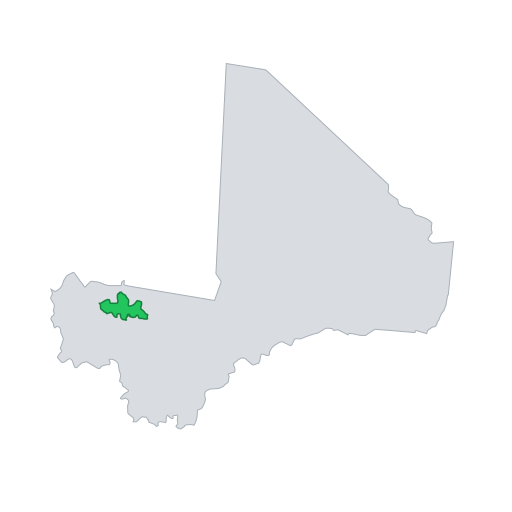 Diema, Kayes, Mali (highlighted), rotated 10°
{"feature_id": "8926073B21360544825560", "entity_name": "Diema", "entity_type": "district", "adm_level": 2, "iso_a3": "MLI", "parent_name": "Mali", "parent_adm1": "Kayes", "projection": "orthographic", "projection_center": [-9.076, 14.667], "detail": "fine", "context": "in_parent", "style": "filled", "palette": "green", "viewbox_px": 512, "rotation_deg": 10, "n_neighbors": 0, "source": "geoboundaries", "source_scale": "gbopen_adm2", "svg_char_len": 5626}
<svg xmlns="http://www.w3.org/2000/svg" viewBox="0 0 512 512"><g transform="rotate(10 256 256)"><path d="M80.8,384.6L81.0,382.7L79.4,381.4L79.3,380.7L80.3,375.3L80.2,373.9L80.9,371.2L79.8,369.9L79.6,369.0L77.1,365.4L76.3,362.4L75.0,360.4L72.1,359.8L70.9,361.4L70.2,361.7L69.1,360.5L68.7,359.4L68.8,358.5L64.9,353.7L65.2,351.2L66.7,349.9L67.3,347.7L65.9,345.2L66.1,342.8L66.0,339.4L63.7,336.5L62.3,335.1L61.0,333.1L62.1,328.3L59.9,324.3L64.1,325.9L66.1,324.5L68.1,322.5L69.8,319.8L70.5,316.4L70.9,313.6L72.6,309.1L74.6,306.9L78.8,303.9L80.0,304.2L86.8,310.9L90.7,314.3L92.1,316.1L93.3,316.1L95.3,312.9L97.3,310.1L98.2,309.4L105.0,309.1L108.6,309.6L111.8,310.4L116.3,310.7L128.2,308.6L128.4,307.3L128.2,305.7L128.7,304.5L129.7,303.4L130.6,303.2L130.9,307.0L131.9,307.5L134.7,307.7L222.9,307.0L226.2,287.3L219.6,280.3L193.3,71.6L233.3,71.0L240.4,75.6L374.0,162.7L374.8,165.7L374.9,169.7L376.0,170.9L377.9,172.2L385.6,175.8L386.2,176.5L386.6,178.1L387.6,180.1L389.2,181.1L391.1,181.9L393.3,182.4L400.0,182.7L401.5,183.6L404.7,187.0L406.3,187.7L415.4,189.2L418.4,190.0L421.7,191.5L423.5,192.9L423.8,198.6L425.3,202.2L425.4,203.2L424.0,204.7L423.8,205.9L422.3,208.9L422.7,210.0L426.0,212.1L427.6,212.6L429.4,212.5L448.1,207.6L452.1,260.9L451.5,261.8L451.6,271.3L450.5,277.0L448.3,281.3L447.1,287.5L446.3,288.8L445.8,292.4L444.5,294.5L442.0,295.4L437.8,299.6L437.6,302.8L427.1,301.6L426.4,301.7L425.9,302.1L425.8,303.8L398.9,306.2L385.7,307.6L377.7,315.2L372.3,316.1L365.5,315.8L362.0,315.9L360.6,316.4L360.4,317.7L349.5,314.4L345.5,315.8L344.8,315.4L344.3,314.6L342.3,314.3L339.2,314.6L337.0,315.2L330.3,321.2L326.6,322.7L319.8,326.4L315.1,329.4L313.4,330.1L310.7,330.3L308.5,331.0L306.6,337.6L305.3,338.3L297.0,335.9L295.3,336.3L293.9,337.1L289.4,341.1L287.2,344.2L286.0,348.3L286.3,351.0L285.5,351.8L283.4,352.1L279.5,351.4L278.3,351.8L277.8,353.8L278.0,358.2L277.2,361.2L275.0,362.2L273.2,363.4L271.8,363.8L270.7,363.5L263.9,359.2L261.6,358.6L259.1,359.1L256.7,361.1L252.5,365.8L253.0,367.5L254.2,369.4L255.1,371.8L255.1,373.9L249.0,377.1L250.5,379.3L250.4,385.4L247.6,388.2L246.6,390.0L243.9,392.0L241.5,393.2L234.1,394.9L231.1,396.9L229.7,398.5L229.4,400.2L229.7,402.1L231.2,406.1L230.7,409.7L229.6,414.0L228.5,415.9L225.0,418.1L225.5,420.9L225.9,424.9L225.4,430.0L224.3,433.5L223.5,433.2L220.2,433.4L216.5,434.5L215.2,435.4L215.0,436.6L211.9,439.4L209.8,439.3L207.9,438.6L206.9,437.8L206.8,437.4L208.0,435.1L208.0,434.4L206.8,430.5L207.0,429.5L206.5,426.5L206.2,426.3L202.2,427.7L202.0,428.3L202.6,430.2L202.2,430.5L200.8,430.5L198.8,429.8L196.6,428.1L196.0,428.7L195.8,430.1L195.7,431.7L196.3,434.7L195.7,435.8L192.2,435.6L189.4,436.0L188.7,437.1L188.4,438.3L189.1,439.6L189.0,440.2L187.8,441.0L187.2,441.0L185.6,439.5L179.2,438.2L178.7,436.2L178.0,436.1L175.9,433.7L175.1,433.8L174.3,434.2L171.9,434.0L169.8,436.2L168.2,438.8L166.5,440.1L163.8,440.7L164.2,439.0L163.4,436.7L157.9,433.8L157.0,432.7L155.6,426.1L155.7,424.2L156.0,422.4L155.9,421.1L155.3,420.1L153.6,419.1L151.9,418.7L149.7,420.0L148.7,420.2L147.7,420.1L147.2,419.6L147.3,419.0L149.6,415.5L150.8,414.0L153.1,412.3L153.7,411.4L153.8,410.7L153.5,410.2L152.0,409.6L149.6,408.0L148.3,407.8L147.2,407.0L146.1,404.5L145.6,404.0L144.4,403.7L143.4,403.1L143.5,396.9L141.1,392.2L139.1,386.3L138.0,384.9L136.1,383.7L133.8,382.9L131.7,382.7L129.4,383.4L129.4,383.9L130.7,385.8L130.9,386.9L130.7,387.9L130.3,388.6L127.2,389.2L123.0,391.4L121.6,393.9L120.6,394.2L119.0,393.9L107.9,389.6L103.3,391.4L100.2,395.1L99.5,396.3L98.1,397.3L97.3,397.3L96.5,396.6L93.2,391.0L91.9,389.7L90.1,389.6L88.6,390.5L87.1,392.4L85.1,394.1L83.8,394.6L82.8,394.3L78.2,390.5L78.0,389.7L80.1,385.2L80.8,384.6Z" fill="#d9dde1" stroke="#a8b0b8" stroke-width="1"/><path d="M119.1,338.7L120.9,337.7L121.6,337.4L122.3,337.0L123.0,336.7L123.9,336.9L125.1,338.2L126.6,339.8L127.2,340.1L127.8,340.5L128.9,340.7L129.7,340.2L129.6,339.6L129.3,338.7L129.3,337.9L129.6,337.2L130.1,337.0L131.2,336.7L132.4,336.7L132.8,337.5L132.8,338.2L133.2,339.2L134.2,340.8L135.2,341.4L136.2,341.7L137.7,341.6L139.2,341.7L139.3,341.7L139.5,341.4L139.4,341.3L138.9,340.7L138.7,340.4L138.8,339.8L139.0,339.5L139.0,339.1L139.1,338.9L139.5,338.5L139.7,338.2L139.8,337.9L139.7,337.5L139.6,337.3L139.7,337.0L139.8,336.7L139.6,336.2L139.9,335.9L140.0,335.8L140.2,335.7L140.4,335.6L140.7,335.5L140.7,335.8L140.8,336.2L140.9,336.3L141.1,336.4L141.4,336.4L141.5,336.4L141.7,336.5L141.8,336.6L142.0,336.9L141.8,337.3L142.2,337.4L142.5,337.3L142.5,337.1L142.8,337.6L143.1,337.7L143.3,337.6L143.5,337.5L143.8,337.7L143.9,337.8L145.7,337.9L146.5,337.5L147.5,337.3L148.3,336.1L148.9,335.1L149.4,334.8L149.9,335.1L150.4,335.6L151.1,337.0L151.8,337.6L152.5,337.7L153.6,337.4L155.3,337.2L156.6,337.5L157.7,337.3L159.3,337.1L160.0,336.6L159.9,336.1L159.6,335.8L159.3,334.2L159.5,333.7L159.6,332.9L159.2,332.5L157.4,332.1L155.9,330.6L154.4,329.5L151.8,328.1L151.4,326.8L151.6,325.4L151.7,323.2L151.3,321.6L150.9,321.1L149.3,320.7L146.8,320.6L145.8,322.3L144.9,324.0L143.8,325.3L142.4,326.3L141.1,327.1L139.8,327.3L139.0,327.0L138.6,325.7L138.5,323.1L138.1,321.4L136.8,320.1L135.0,318.5L134.4,317.5L133.4,317.0L131.2,316.4L129.8,315.1L129.0,315.2L128.3,315.3L128.1,315.6L128.1,316.3L128.1,316.6L127.7,316.7L127.2,316.6L126.7,317.1L126.3,318.7L126.5,319.5L126.8,321.4L127.2,322.6L127.9,324.3L127.9,325.2L127.9,325.4L127.8,326.1L127.6,326.4L125.9,327.0L123.5,327.4L121.9,327.7L120.6,327.7L120.0,326.5L119.4,324.9L118.7,324.5L117.6,324.6L115.2,326.0L113.0,328.0L111.4,329.5L110.1,329.8L111.3,331.2L111.8,333.5L112.4,335.1L113.6,335.8L115.4,336.7L116.0,337.3L118.2,337.9L119.1,338.7Z" fill="#22c55e" stroke="#15803d" stroke-width="1.5"/></g></svg>